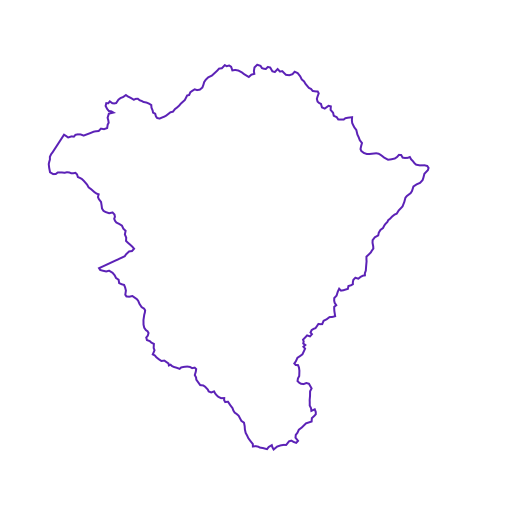 Piranhas, Goiás, Brazil (orthographic projection), rotated 169°
{"feature_id": "56859067B20057747391561", "entity_name": "Piranhas", "entity_type": "district", "adm_level": 2, "iso_a3": "BRA", "parent_name": "Brazil", "parent_adm1": "Goiás", "projection": "orthographic", "projection_center": [-51.838, -16.371], "detail": "fine", "context": "isolated", "style": "outline", "palette": "violet", "viewbox_px": 512, "rotation_deg": 169, "n_neighbors": 0, "source": "geoboundaries", "source_scale": "gbopen_adm2", "svg_char_len": 6091}
<svg xmlns="http://www.w3.org/2000/svg" viewBox="0 0 512 512"><g transform="rotate(169 256 256)"><path d="M275.6,62.7L271.6,64.9L267.9,65.4L264.9,65.3L262.4,64.8L258.9,67.8L256.5,68.0L254.4,66.2L252.2,64.9L250.0,66.5L251.9,70.1L251.1,72.8L249.0,74.6L247.1,77.3L243.8,78.9L241.4,80.5L238.8,82.2L233.0,82.9L232.1,86.2L229.0,88.1L227.5,89.3L227.1,91.5L227.6,94.3L231.2,93.4L231.0,96.0L231.8,98.9L231.2,101.9L230.8,104.4L229.7,108.2L228.7,112.9L226.7,115.4L227.4,117.5L228.4,120.5L230.8,121.7L233.7,121.2L236.2,122.0L237.7,123.3L239.1,125.3L238.2,127.8L236.5,129.9L236.0,132.0L235.3,135.1L235.1,138.3L235.6,140.9L237.8,141.4L238.9,143.2L237.0,145.0L234.7,148.2L232.2,149.2L229.2,150.6L227.3,153.2L225.5,155.7L226.8,157.9L224.6,159.2L226.3,161.1L225.5,163.0L225.8,164.9L222.9,166.9L221.0,168.3L218.3,166.8L216.0,168.6L217.1,170.5L215.5,172.7L213.3,173.5L211.4,173.8L209.5,175.6L207.7,177.4L205.9,176.8L204.0,176.5L202.0,179.5L198.7,180.4L195.5,182.0L192.7,181.6L189.8,181.8L189.7,183.9L189.6,186.9L189.3,189.4L188.9,191.2L186.6,192.4L187.7,194.9L187.8,197.2L187.2,199.8L184.5,201.7L182.5,205.4L180.6,208.0L179.2,205.8L176.8,205.7L174.3,206.0L172.1,206.2L171.0,208.9L168.4,209.1L166.3,209.8L165.9,211.9L165.0,214.0L162.6,215.7L159.9,214.2L157.2,215.6L154.7,216.3L152.8,216.2L152.4,218.4L151.0,220.7L149.8,225.1L149.2,227.2L148.5,229.6L148.2,231.8L147.7,234.3L145.1,235.9L142.6,237.6L141.4,239.0L139.4,240.9L139.1,243.2L139.1,246.7L138.5,249.3L135.8,251.7L132.1,252.9L131.0,255.5L128.8,257.9L126.0,259.2L124.2,261.5L122.8,262.8L120.6,264.3L119.3,266.0L117.3,267.0L114.8,268.8L112.1,270.2L109.8,270.7L107.2,273.5L104.5,275.4L102.7,276.7L100.1,280.8L98.2,284.7L96.5,286.1L92.2,288.2L90.5,290.0L89.5,291.8L88.2,294.2L84.6,295.7L81.0,296.5L78.0,298.7L76.8,300.8L75.0,304.6L70.9,307.5L69.8,309.5L70.7,311.7L73.3,312.9L77.9,313.7L81.4,315.1L82.7,316.8L83.9,319.2L85.3,321.3L86.1,323.8L88.3,323.4L91.1,323.8L93.3,324.6L94.2,327.4L96.4,328.0L98.6,326.3L101.1,325.2L105.0,325.1L108.0,325.3L111.5,328.2L113.0,330.0L114.5,331.6L116.1,333.0L118.4,333.9L125.5,334.5L127.8,335.0L130.5,336.6L132.6,339.0L133.0,341.0L131.9,343.7L130.4,346.7L132.0,349.8L132.6,353.2L133.3,355.9L133.4,358.6L133.5,360.6L134.9,363.4L135.6,365.8L136.2,368.2L136.0,370.8L135.2,373.9L139.3,374.2L142.0,374.2L143.9,373.2L146.7,373.8L149.2,374.3L150.3,376.9L152.9,378.8L153.0,381.9L154.9,385.2L154.0,388.6L156.1,389.6L160.4,387.6L162.9,389.3L163.2,392.9L164.8,394.1L166.1,395.8L166.3,398.6L165.1,400.9L163.4,403.7L164.0,405.7L166.1,406.2L168.9,407.2L170.1,409.5L172.0,410.9L173.5,413.6L174.6,415.6L175.5,418.2L177.4,420.6L178.3,423.9L180.2,427.6L182.9,429.5L185.5,427.5L188.8,427.1L192.0,428.1L193.4,430.1L194.9,432.4L197.3,432.5L199.1,435.4L202.4,433.0L204.7,434.2L206.1,438.3L208.3,439.3L210.7,437.7L212.7,438.4L214.3,439.3L215.3,441.8L218.3,443.5L221.5,441.4L222.8,437.9L222.9,435.1L225.9,434.9L228.9,433.1L230.7,434.7L233.1,436.9L234.8,438.9L237.9,441.4L240.9,442.6L243.8,442.7L244.3,446.5L246.0,448.1L248.6,447.9L250.2,449.3L253.7,446.8L256.5,447.0L258.6,445.4L261.0,443.9L264.9,441.5L268.8,440.5L271.7,438.6L273.7,436.6L274.9,434.2L276.5,431.6L279.4,430.0L282.2,430.1L284.4,431.3L287.0,430.3L289.2,429.3L290.9,426.8L293.0,426.7L294.3,425.0L296.1,422.7L298.6,421.2L300.9,419.8L302.7,418.3L305.2,416.8L307.5,415.7L310.0,413.5L312.6,413.4L315.1,412.1L317.5,410.9L319.4,410.3L321.6,409.9L324.4,409.3L326.7,410.3L327.6,412.1L327.8,414.9L329.7,416.4L329.7,418.5L330.3,421.6L330.0,424.2L332.1,426.1L334.2,427.5L337.1,428.7L338.5,429.9L340.5,431.1L342.0,432.9L344.1,433.2L346.1,432.7L348.9,435.2L351.4,437.1L353.0,438.8L356.1,437.4L358.8,436.9L361.2,435.7L364.1,432.8L366.1,432.8L367.9,433.4L370.0,435.7L371.9,434.1L373.8,434.6L375.0,432.0L374.1,428.9L372.8,426.4L370.4,425.6L368.6,424.0L373.3,423.8L375.3,420.0L375.1,417.3L375.2,414.9L376.5,413.3L377.7,410.0L381.0,409.5L383.9,410.6L386.6,408.7L389.7,409.0L391.6,409.0L395.0,408.3L398.0,407.8L402.2,407.1L405.0,408.8L407.7,409.4L410.1,409.4L412.0,407.9L414.3,408.6L417.8,408.2L419.6,410.1L421.3,411.7L435.9,396.6L437.6,395.1L439.4,392.7L439.9,390.0L441.0,387.9L441.9,385.8L442.2,382.1L442.2,379.7L442.2,377.5L439.5,375.1L436.9,374.7L434.7,375.8L430.8,375.1L428.0,374.2L425.6,374.3L423.3,373.6L421.6,372.5L419.6,372.1L417.4,372.1L416.1,370.2L415.8,367.5L413.9,366.2L412.3,364.9L410.8,362.8L409.5,360.6L408.2,358.3L407.2,355.3L405.0,352.9L402.4,349.5L400.6,347.7L398.7,346.6L399.9,344.0L399.4,341.8L397.8,338.6L397.9,335.2L398.1,332.0L397.1,329.4L395.3,327.9L392.0,326.0L388.5,326.1L387.0,323.7L387.0,321.4L388.1,319.6L387.7,317.5L386.7,315.5L384.2,313.6L381.8,311.4L381.0,308.1L379.2,305.6L380.6,302.2L379.9,298.8L380.7,295.6L379.4,293.7L377.2,290.9L375.6,288.7L374.3,286.4L376.8,284.5L379.7,284.7L383.3,282.4L384.9,280.8L412.4,274.0L411.6,272.0L409.4,270.9L406.0,269.4L403.0,269.6L400.0,266.9L398.4,264.0L397.6,261.1L395.4,258.9L395.5,255.5L393.1,253.8L391.0,252.8L390.5,250.3L390.3,246.9L391.7,242.9L390.9,241.0L388.2,240.2L385.0,240.3L381.2,236.4L380.2,234.5L379.5,231.2L378.0,227.6L375.9,225.7L375.2,223.8L375.9,221.7L376.9,219.7L378.7,214.6L379.5,210.1L379.4,206.9L378.2,204.2L376.8,202.8L376.2,200.9L377.4,198.5L379.3,196.9L379.1,194.3L376.5,192.7L375.3,191.0L373.0,189.2L373.5,187.3L374.0,185.2L373.6,182.9L374.6,181.3L376.1,179.1L374.2,177.6L373.2,175.7L371.1,173.2L368.9,171.0L365.9,170.8L364.1,168.9L362.4,167.2L362.4,165.2L360.6,165.6L359.5,164.0L357.7,162.7L355.5,161.6L352.5,159.8L350.7,160.9L347.7,160.9L344.6,160.6L342.0,159.7L340.1,158.1L337.5,158.1L336.3,156.4L337.2,153.9L338.8,150.8L338.0,148.2L338.2,146.0L337.0,143.4L335.4,139.9L332.5,139.0L330.9,137.4L328.8,134.1L328.3,132.1L326.0,130.6L323.0,131.1L322.3,128.8L321.2,126.8L319.9,125.0L317.4,123.1L314.3,122.6L314.8,120.6L314.1,118.5L311.3,118.3L309.7,114.4L308.1,111.2L307.7,108.6L306.8,106.3L305.2,104.7L303.5,102.5L302.7,99.8L301.8,96.9L299.6,94.7L299.6,91.1L300.0,87.9L299.9,84.3L299.0,81.5L298.3,78.7L297.1,76.1L296.1,74.1L295.0,72.1L295.4,69.6L292.6,69.4L290.2,68.4L288.7,67.2L285.7,66.1L283.9,65.2L282.0,64.3L280.0,66.1L276.6,67.3L276.4,65.1L275.6,62.7Z" fill="none" stroke="#5b21b6" stroke-width="2"/></g></svg>